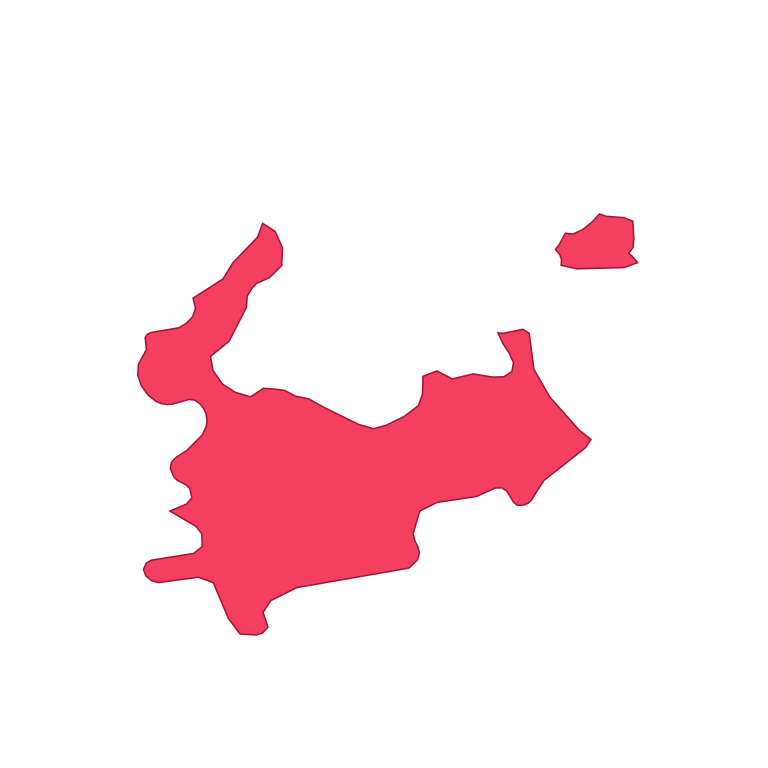 Napoli, Robinson projection, rotated 160°
{"feature_id": "ITA-5397", "entity_name": "Napoli", "entity_type": "Province", "adm_level": 1, "iso_a3": "ITA", "parent_name": "Italy", "parent_adm1": "", "projection": "robinson", "projection_center": [14.319, 40.794], "detail": "fine", "context": "isolated", "style": "filled", "palette": "rose", "viewbox_px": 768, "rotation_deg": 160, "n_neighbors": 0, "source": "natural_earth", "source_scale": "10m", "svg_char_len": 1922}
<svg xmlns="http://www.w3.org/2000/svg" viewBox="0 0 768 768"><g transform="rotate(160 384 384)"><path d="M534.1,530.0L499.3,537.8L484.8,549.4L452.5,565.3L443.1,576.5L434.1,564.6L432.8,546.6L439.7,530.2L455.2,523.1L469.4,522.1L474.8,519.4L482.4,513.5L487.1,503.0L514.9,477.2L537.6,469.3L540.0,455.2L536.0,439.5L526.5,427.0L513.8,417.6L498.7,421.2L487.5,416.1L479.7,412.1L471.3,402.8L460.1,396.0L447.5,381.6L421.7,354.7L408.9,345.5L395.9,344.5L376.6,346.5L359.1,351.9L351.4,361.1L344.8,377.9L329.8,378.2L318.1,365.4L296.7,363.0L279.9,353.5L269.0,349.8L259.5,352.0L255.0,359.8L255.8,370.0L258.5,381.4L259.4,393.1L254.3,390.8L234.8,387.9L230.2,382.0L238.1,346.6L232.6,315.0L216.4,274.0L208.5,261.1L216.2,255.3L266.9,238.6L286.1,223.8L289.7,222.6L293.3,222.4L297.0,223.2L300.4,224.7L302.6,228.5L305.2,241.3L308.7,246.0L315.1,248.2L335.8,246.7L374.9,254.6L393.9,252.3L407.7,233.5L408.6,226.3L407.9,219.7L408.4,213.4L412.7,207.2L423.5,202.5L535.5,222.5L564.4,219.2L575.8,210.8L576.2,195.2L583.3,191.5L590.0,191.9L604.9,198.4L610.4,217.1L612.4,255.8L624.7,266.0L663.5,274.4L669.6,278.6L673.4,285.2L673.5,292.0L668.5,297.1L662.7,298.0L620.8,289.9L610.4,293.4L606.5,305.5L609.4,314.5L628.7,337.9L610.8,338.7L603.5,342.7L602.3,352.2L604.5,356.8L611.1,364.1L613.3,368.4L613.7,377.7L610.3,383.3L604.4,386.2L591.5,389.2L572.2,398.3L565.4,405.2L562.7,410.4L561.5,416.3L561.8,422.4L563.6,428.2L567.6,433.7L572.7,436.2L589.6,437.4L594.8,438.9L599.6,441.5L603.9,445.3L609.5,454.3L612.6,465.2L612.4,476.4L608.1,486.4L595.5,497.7L592.5,509.4L589.4,511.7L585.3,512.0L557.5,507.0L549.1,508.6L540.9,512.6L535.2,519.6L534.1,530.0ZM162.0,463.7L155.0,460.2L144.4,461.2L132.9,465.1L123.4,470.1L117.7,465.5L101.9,458.4L94.5,451.9L99.5,435.1L103.3,427.1L109.4,423.1L107.3,419.7L104.2,411.3L118.6,411.3L163.2,426.2L176.9,434.9L174.7,440.2L174.5,445.2L176.9,451.9L171.9,454.9L162.0,463.7Z" fill="#f43f5e" stroke="#9f1239" stroke-width="1.5"/></g></svg>